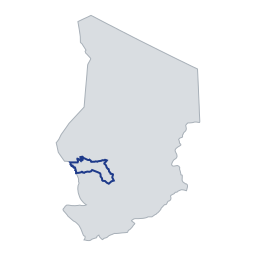 location of Hadjer-Lamis within Chad
{"feature_id": "TCD-1464", "entity_name": "Hadjer-Lamis", "entity_type": "Prefecture", "adm_level": 1, "iso_a3": "TCD", "parent_name": "Chad", "parent_adm1": "", "projection": "orthographic", "projection_center": [15.964, 12.449], "detail": "medium", "context": "in_parent", "style": "outline", "palette": "blue", "viewbox_px": 256, "rotation_deg": 0, "n_neighbors": 0, "source": "natural_earth", "source_scale": "10m", "svg_char_len": 5126}
<svg xmlns="http://www.w3.org/2000/svg" viewBox="0 0 256 256"><path d="M197.5,69.0L197.8,75.3L198.1,81.6L198.4,87.8L198.6,94.1L198.9,100.4L199.2,106.7L199.4,113.0L199.7,119.3L199.8,121.4L199.6,122.2L199.6,122.4L199.3,122.5L196.1,122.0L194.7,122.0L192.7,122.6L189.8,122.9L187.9,122.9L186.7,124.0L185.7,125.3L186.3,128.4L186.2,129.5L185.8,130.6L185.0,131.5L184.1,132.3L183.6,132.9L183.0,134.4L182.5,135.0L182.6,135.9L182.5,136.9L182.0,137.4L180.6,137.8L179.7,138.2L179.1,138.9L178.6,139.4L178.9,140.1L179.2,140.9L179.5,142.3L179.6,143.2L180.3,143.8L180.7,144.3L180.9,144.9L180.5,145.4L178.9,146.4L178.2,146.8L177.5,147.3L177.2,147.5L176.0,148.5L175.4,149.4L175.1,150.1L175.2,151.1L175.8,152.6L176.5,153.8L176.8,154.7L177.0,155.8L177.0,156.7L176.6,157.6L176.0,158.4L173.8,159.9L172.7,161.5L171.8,163.5L171.6,164.5L171.9,165.2L172.4,165.8L173.1,166.1L174.1,166.1L175.7,165.8L177.3,165.5L178.9,166.2L179.8,167.8L179.5,169.0L180.2,171.1L180.8,173.7L180.8,174.5L181.0,174.9L182.0,175.0L182.3,175.6L182.1,180.2L182.6,181.4L183.3,182.3L184.1,182.8L184.9,183.3L185.3,183.8L186.2,183.8L187.2,184.6L187.5,185.7L187.5,186.8L186.9,189.1L186.5,190.7L185.9,190.6L184.7,190.2L183.2,189.9L181.4,189.7L179.7,190.4L177.9,191.2L177.3,191.9L176.8,192.2L176.0,192.2L175.2,192.3L174.8,192.9L174.2,193.6L171.5,195.0L170.9,195.4L170.6,195.9L170.6,196.5L170.9,197.5L170.9,198.9L170.4,200.0L169.7,200.7L168.9,201.0L168.2,201.2L167.8,201.6L166.5,204.1L165.9,204.6L164.6,204.6L161.1,208.3L160.8,209.4L159.5,211.0L157.9,212.7L156.5,213.6L156.4,213.9L156.0,214.3L155.1,214.6L152.0,216.8L148.2,216.8L146.5,217.6L144.9,218.0L142.6,218.4L141.9,218.4L138.8,218.6L135.3,218.6L133.9,218.9L132.6,219.7L131.7,220.4L131.5,220.7L131.7,221.0L134.2,222.9L134.8,223.7L134.2,224.5L133.9,224.6L133.4,225.3L132.0,227.3L129.8,229.6L128.6,230.2L128.2,230.7L127.6,232.2L127.2,232.4L125.7,232.6L122.7,232.8L118.5,233.3L116.0,233.5L114.4,233.4L112.2,234.4L111.4,234.7L110.9,234.8L108.8,235.8L107.0,237.4L106.3,237.7L103.8,238.4L102.8,239.5L102.3,239.6L100.7,238.1L99.5,236.8L99.0,235.5L98.9,235.1L98.6,235.2L97.7,235.8L96.9,236.4L96.6,237.7L93.9,238.5L91.7,239.3L90.7,240.2L89.1,240.6L87.1,240.5L85.5,240.1L84.0,239.9L84.7,238.8L85.0,238.0L85.1,236.9L84.9,236.2L84.0,235.9L83.4,235.3L82.1,232.0L80.8,228.7L78.9,225.3L76.8,223.2L75.3,221.9L74.8,221.7L74.1,221.3L73.5,221.0L70.8,218.7L67.9,216.1L67.2,215.0L65.8,213.3L64.2,211.5L63.4,210.7L63.0,209.2L64.1,207.9L65.3,206.2L66.7,205.1L68.6,205.1L71.7,205.6L75.0,205.7L78.3,205.4L79.2,205.2L80.0,205.2L81.8,205.6L84.9,205.5L86.4,204.8L84.7,203.7L82.9,201.9L81.2,199.9L80.1,198.1L79.2,195.7L78.3,192.9L77.8,189.1L77.9,187.0L78.1,185.5L79.1,183.1L78.5,181.6L78.6,180.5L78.5,178.8L78.2,177.9L77.0,175.0L76.8,174.7L75.8,172.8L75.3,169.5L74.1,167.3L72.2,166.2L71.1,164.9L70.8,162.7L70.0,162.1L67.0,161.3L64.5,161.2L62.7,158.7L60.4,155.4L58.3,152.3L57.0,146.2L56.2,142.7L57.1,141.7L58.9,139.2L61.2,134.5L66.4,127.2L69.0,123.4L74.2,117.8L80.5,111.0L84.1,107.1L84.7,100.0L85.3,92.6L85.8,86.9L86.4,80.3L86.9,74.7L87.2,70.6L87.7,64.9L88.1,63.8L90.6,59.3L90.7,58.7L90.3,57.9L86.8,54.1L85.8,53.2L85.1,51.3L86.0,50.1L81.9,43.7L80.9,42.9L80.4,42.2L80.4,41.0L80.3,36.6L79.3,29.7L77.9,21.6L82.7,19.3L86.4,17.6L91.0,15.4L95.3,17.6L101.6,20.9L107.9,24.2L114.2,27.4L120.5,30.7L126.8,33.9L133.2,37.2L139.5,40.4L145.9,43.6L152.3,46.8L158.7,50.0L165.2,53.2L171.6,56.4L178.1,59.6L184.5,62.7L191.0,65.9L197.5,69.0Z" fill="#d9dde1" stroke="#a8b0b8" stroke-width="1"/><path d="M71.5,165.7L71.3,165.7L71.2,165.5L71.2,165.0L70.5,164.4L70.4,164.2L70.6,163.1L70.6,162.8L70.3,162.4L77.4,162.4L77.6,162.4L78.0,161.4L78.0,161.0L77.8,160.1L77.5,159.7L77.4,159.2L77.3,158.9L77.4,158.7L79.9,159.5L80.0,159.7L80.0,160.0L80.5,160.2L80.7,160.5L80.9,160.9L81.0,161.0L81.4,160.4L81.7,160.3L81.9,160.4L82.0,160.4L82.7,159.8L82.7,159.6L82.6,159.3L81.8,159.1L81.7,159.0L80.4,157.1L80.6,157.0L82.4,156.7L82.6,156.8L83.2,157.6L83.5,157.9L87.7,159.9L88.2,160.0L89.2,160.0L89.5,160.0L89.6,159.8L90.8,160.7L91.1,161.7L91.3,161.8L94.7,161.7L95.5,161.4L96.7,161.5L97.4,161.7L98.0,161.3L101.2,160.8L101.5,160.7L101.9,160.4L102.6,160.2L102.9,160.3L103.4,160.4L103.8,160.2L104.7,160.1L105.0,159.8L105.9,160.0L106.9,160.4L106.1,161.5L104.6,162.8L104.3,163.4L104.3,163.7L105.6,164.8L106.3,166.1L106.5,167.0L106.8,167.7L107.2,168.0L107.5,168.5L107.8,168.9L108.0,169.0L108.5,169.0L108.7,169.3L109.1,171.5L109.4,171.9L109.9,172.2L110.4,172.9L110.4,173.4L110.4,173.6L110.8,173.9L111.2,173.9L111.7,173.9L111.9,174.0L112.5,174.1L112.9,174.3L113.0,174.7L112.3,177.1L112.3,177.5L113.8,180.6L111.5,181.3L108.8,183.7L106.8,182.7L106.0,181.9L105.0,181.0L104.0,180.9L102.9,180.9L102.2,180.3L102.0,178.3L100.6,176.5L100.6,174.9L100.2,173.4L98.5,172.5L92.1,170.0L91.0,171.3L89.5,171.8L87.3,171.6L85.0,172.2L84.3,172.8L83.0,172.6L82.5,171.9L81.6,171.8L81.1,172.3L78.4,172.9L77.4,172.9L76.1,173.1L76.1,171.9L75.9,170.9L75.7,170.5L75.7,170.2L75.3,170.1L75.4,169.8L75.5,169.6L75.1,167.8L74.9,167.5L74.5,167.6L74.2,167.6L74.0,167.1L73.8,166.9L73.5,167.3L73.3,167.1L73.5,166.6L73.4,166.4L73.2,166.3L72.8,166.4L72.2,166.0L72.2,165.8L71.7,166.0L71.5,165.7Z" fill="none" stroke="#1e3a8a" stroke-width="2"/></svg>